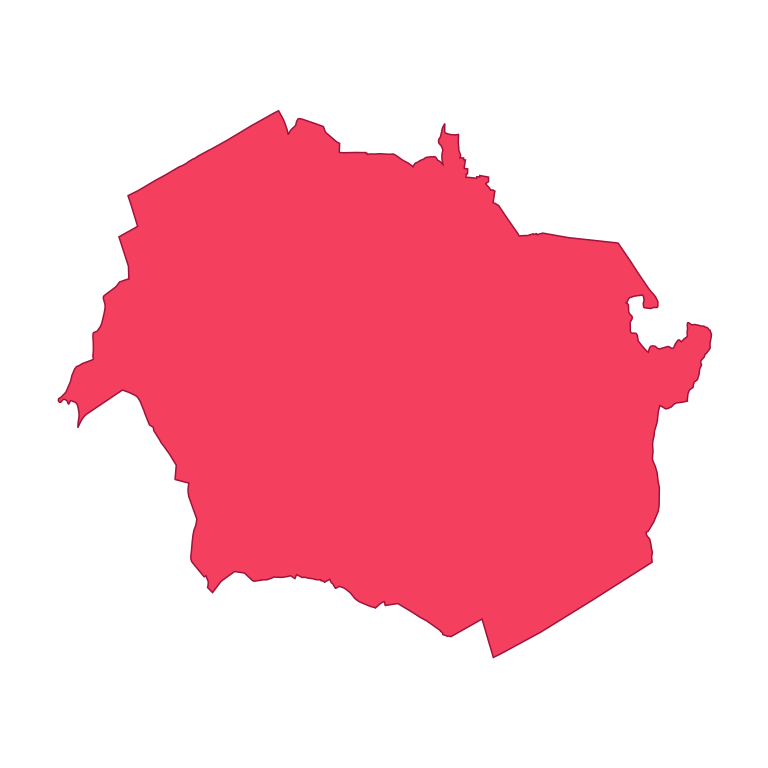 the district of Uthai, Phra Nakhon Si Ayutthaya, Thailand, rotated 183°
{"feature_id": "78962969B29377906715784", "entity_name": "Uthai", "entity_type": "district", "adm_level": 2, "iso_a3": "THA", "parent_name": "Thailand", "parent_adm1": "Phra Nakhon Si Ayutthaya", "projection": "equal_earth", "projection_center": [100.697, 14.357], "detail": "fine", "context": "isolated", "style": "filled", "palette": "rose", "viewbox_px": 768, "rotation_deg": 183, "n_neighbors": 0, "source": "geoboundaries", "source_scale": "gbopen_adm2", "svg_char_len": 6082}
<svg xmlns="http://www.w3.org/2000/svg" viewBox="0 0 768 768"><g transform="rotate(183 384 384)"><path d="M336.9,647.3L339.0,643.0L340.4,634.7L340.8,633.3L341.9,631.7L342.3,629.9L342.1,628.4L341.7,627.2L339.3,624.8L338.3,622.8L337.6,621.1L337.5,620.0L338.1,617.0L338.1,614.8L337.9,611.7L336.7,606.3L339.8,609.2L342.2,610.4L343.8,612.7L344.5,613.4L346.2,613.7L347.4,613.4L349.8,613.3L350.9,613.0L353.4,612.6L354.3,612.2L356.4,610.5L360.0,608.9L361.2,607.7L363.6,606.6L364.6,605.9L366.0,603.6L366.4,602.4L367.1,603.1L371.5,606.0L376.5,608.2L384.3,613.1L386.8,614.2L390.4,613.7L401.1,613.7L404.8,613.2L410.3,613.0L412.5,612.4L412.8,612.6L413.0,613.5L414.0,613.5L414.2,614.2L426.3,613.6L436.9,612.8L440.6,612.9L440.8,613.2L440.9,622.0L443.7,623.2L455.2,632.0L456.1,633.4L457.8,637.5L458.3,638.0L463.4,639.6L479.5,644.2L482.6,644.6L483.7,644.3L485.1,641.4L485.7,637.9L486.3,637.0L490.1,633.1L491.1,631.6L491.7,630.3L491.8,629.2L492.3,628.7L492.9,628.5L493.9,632.5L496.6,639.2L498.5,643.2L503.6,651.4L508.3,648.7L530.4,634.7L552.5,619.8L568.5,609.7L571.1,608.3L582.3,601.4L584.2,599.8L587.0,598.4L590.8,595.8L592.5,594.3L596.9,591.5L600.0,590.1L613.6,581.1L622.6,575.6L639.4,564.4L647.8,559.7L649.5,558.6L646.1,550.0L638.3,528.5L656.4,517.1L645.4,488.3L644.3,475.5L645.2,475.4L653.4,472.1L656.1,468.0L657.3,466.6L667.0,458.6L668.6,457.0L668.8,456.1L668.8,454.9L666.8,448.9L666.5,445.8L667.1,440.5L669.0,430.0L670.2,426.6L673.0,422.1L673.6,421.5L676.5,420.3L676.9,419.7L677.2,418.9L677.1,415.2L676.6,411.3L676.0,402.7L676.2,396.5L675.7,394.5L675.7,393.5L676.2,393.0L686.6,388.5L688.5,387.0L691.9,385.3L692.5,384.6L693.9,382.4L695.7,377.3L696.2,375.9L696.9,371.4L697.7,368.8L701.1,359.6L701.6,358.8L705.7,354.0L708.1,352.4L708.4,351.0L708.1,349.9L707.2,348.8L705.9,348.8L703.6,351.7L702.6,352.1L700.0,351.0L699.3,349.9L698.4,347.9L697.8,347.5L697.5,347.8L696.3,350.8L695.9,351.1L691.5,349.6L690.9,349.3L689.7,348.0L688.8,346.3L688.0,343.4L686.9,338.0L686.9,334.7L687.4,330.2L687.5,324.3L685.2,330.0L683.9,332.7L681.7,336.0L679.6,338.2L644.9,364.3L638.7,362.4L635.4,361.1L631.0,359.2L629.2,357.7L626.3,353.4L623.4,346.9L622.5,345.4L621.6,342.8L616.2,331.1L615.8,330.7L612.2,328.7L611.5,325.6L610.9,324.6L605.1,316.4L603.4,313.6L600.4,310.1L594.5,302.7L587.2,292.0L587.7,278.1L587.5,277.7L573.7,274.8L574.1,270.8L574.2,268.2L573.8,264.6L573.0,261.2L563.8,239.1L564.5,233.3L566.2,227.9L566.9,222.6L567.3,215.8L567.6,205.8L567.9,202.7L567.7,199.0L566.8,196.7L565.6,195.2L553.6,182.1L553.3,182.0L551.7,183.2L549.1,177.1L549.2,173.1L549.6,171.6L544.3,166.7L536.6,178.1L534.8,179.7L523.4,188.9L513.4,187.9L505.2,180.9L504.1,180.4L502.5,180.4L493.9,182.2L490.9,182.3L485.7,184.4L484.0,185.4L476.2,185.5L470.9,186.5L467.3,187.6L462.8,185.0L461.5,188.6L461.2,189.0L457.3,187.3L456.1,186.6L451.9,186.8L450.3,186.2L445.1,185.8L441.3,185.0L436.9,185.1L436.7,184.3L434.2,184.0L433.0,182.9L428.0,186.1L426.2,182.7L424.9,182.0L421.9,177.5L421.5,177.5L418.1,179.5L414.1,178.5L411.9,177.4L407.6,174.4L405.9,172.8L402.1,168.5L399.8,166.8L397.2,165.2L385.8,161.1L381.8,160.3L380.8,159.8L376.8,163.9L374.9,165.5L372.5,166.7L372.1,166.3L371.3,163.1L371.0,162.9L359.2,165.4L358.2,165.2L345.4,158.4L335.5,152.8L328.7,149.5L314.8,140.7L314.6,140.5L314.6,139.9L312.5,138.8L312.4,137.2L312.2,136.9L307.3,135.4L306.7,135.7L304.7,135.3L304.0,135.2L303.6,135.4L273.8,154.4L260.5,116.6L253.1,120.8L214.2,144.6L165.9,178.1L106.9,220.1L107.7,225.6L107.2,229.1L107.2,230.1L108.3,233.8L109.2,238.4L110.5,243.0L113.0,245.6L113.8,246.9L114.1,247.6L114.4,249.7L114.2,250.0L113.5,250.1L112.7,250.6L112.3,251.1L107.6,259.9L103.5,271.2L102.9,276.8L103.6,295.1L105.2,301.2L106.6,309.6L107.0,310.9L108.7,315.8L111.3,321.0L112.1,323.6L111.8,330.8L112.5,336.8L112.6,340.1L112.1,343.4L111.6,346.2L111.4,351.1L109.5,359.0L109.1,361.5L108.6,370.9L107.4,376.8L104.7,375.7L101.7,374.0L100.3,374.1L99.0,374.5L95.8,376.2L93.6,378.7L91.4,380.3L85.2,381.4L80.1,382.8L80.3,384.3L79.9,390.3L79.0,393.1L78.4,394.2L75.4,396.6L75.1,397.4L74.9,399.9L74.3,401.9L73.8,402.6L71.7,404.2L71.1,405.1L69.8,410.5L69.6,415.1L68.7,417.7L67.9,419.4L67.9,420.0L68.9,422.2L68.7,423.9L65.6,427.7L65.0,430.2L63.4,431.7L60.4,436.4L60.2,437.5L60.6,441.4L59.8,447.4L59.6,450.3L59.8,451.4L60.7,453.2L60.9,454.5L61.8,454.8L63.6,456.8L64.7,457.4L66.5,457.8L67.7,458.6L70.4,458.4L72.2,459.0L76.6,459.7L80.0,459.2L82.8,461.1L83.4,461.2L83.8,461.1L84.1,460.6L84.3,458.9L83.8,455.4L84.0,451.2L83.6,448.1L83.7,447.3L84.1,446.8L86.9,444.6L89.1,441.8L89.6,441.8L90.8,443.1L91.5,443.5L92.7,443.2L95.0,439.7L96.5,435.7L96.9,435.2L97.8,434.7L98.8,434.7L101.3,436.2L102.6,436.3L111.1,433.3L112.8,433.9L114.7,435.6L115.2,435.9L117.7,436.2L119.6,435.6L120.3,434.7L120.9,433.4L121.7,429.6L123.6,430.8L128.7,436.0L132.1,440.0L132.5,441.0L133.6,445.9L134.4,447.3L135.6,447.9L139.1,447.8L139.6,447.9L140.3,448.6L140.9,450.4L141.0,454.1L141.4,458.0L141.3,458.6L139.7,462.0L139.5,463.6L140.0,464.7L142.2,466.7L143.1,468.2L143.5,469.6L143.9,474.6L144.0,475.6L144.3,476.3L144.9,476.8L146.5,477.7L146.2,478.3L145.5,478.4L144.4,481.5L142.8,483.4L141.2,483.7L139.2,484.7L130.4,486.4L130.0,486.0L129.2,484.0L128.7,481.0L129.3,478.3L129.0,475.6L128.6,474.3L127.9,473.8L122.0,473.3L121.2,473.5L118.6,474.5L115.4,474.7L114.6,475.5L114.7,479.9L114.9,480.8L117.4,485.3L118.8,486.9L121.9,490.0L124.9,493.4L135.9,507.9L144.8,520.2L157.6,537.0L207.3,539.8L233.3,543.0L236.6,542.0L238.8,540.9L239.4,542.1L240.0,542.1L242.0,541.1L242.3,541.3L242.7,541.8L248.7,539.7L251.5,539.6L256.8,538.9L258.1,541.1L269.1,555.2L278.7,568.0L279.8,568.8L282.6,570.2L284.6,570.7L284.0,575.9L283.8,579.3L283.3,582.4L285.5,583.5L287.8,583.3L288.5,584.7L289.6,586.0L291.2,587.4L292.9,589.4L290.2,591.5L290.4,596.1L299.3,597.2L299.3,595.9L302.2,595.8L302.3,594.3L310.5,594.8L312.9,594.7L312.9,597.9L311.7,598.2L311.6,599.6L311.7,603.2L315.0,603.4L315.2,604.5L314.4,612.0L316.2,612.1L316.3,613.9L320.0,613.8L319.4,616.1L319.5,616.6L321.5,621.2L321.8,624.7L322.5,629.0L322.6,637.0L322.8,637.2L325.2,636.6L328.2,636.4L332.0,636.8L336.2,638.0L336.6,639.3L336.9,647.3Z" fill="#f43f5e" stroke="#9f1239" stroke-width="1.5"/></g></svg>